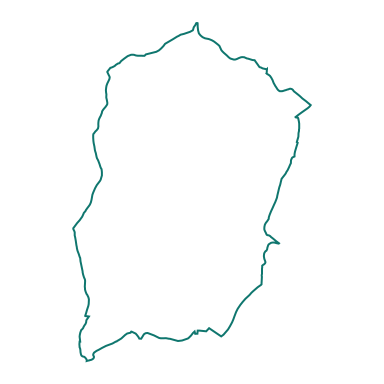 outline of Busbanzá, Boyacá, Colombia
{"feature_id": "7082276B89812106574941", "entity_name": "Busbanzá", "entity_type": "district", "adm_level": 2, "iso_a3": "COL", "parent_name": "Colombia", "parent_adm1": "Boyacá", "projection": "natural_earth1", "projection_center": [-72.875, 5.843], "detail": "fine", "context": "isolated", "style": "outline", "palette": "teal", "viewbox_px": 384, "rotation_deg": 0, "n_neighbors": 0, "source": "geoboundaries", "source_scale": "gbopen_adm2", "svg_char_len": 5839}
<svg xmlns="http://www.w3.org/2000/svg" viewBox="0 0 384 384"><path d="M267.0,69.1L266.8,69.3L262.6,68.4L261.5,67.8L260.7,67.4L259.7,67.2L259.3,66.9L257.8,64.7L256.0,62.2L254.6,60.2L254.1,60.2L252.4,60.0L247.9,58.6L247.0,58.5L244.1,57.2L243.5,57.2L242.1,57.1L240.9,57.3L239.0,58.0L236.9,59.0L235.4,59.5L234.0,59.6L232.5,59.2L230.3,58.5L228.7,57.3L226.9,55.5L223.7,52.7L222.4,51.4L221.4,50.2L219.4,45.9L218.1,44.7L215.7,42.8L214.0,41.5L212.1,40.4L210.3,39.6L208.6,39.0L207.0,38.7L205.0,38.3L203.7,37.7L202.5,37.1L200.5,35.4L198.9,33.4L198.1,30.5L197.7,26.9L197.6,23.2L197.1,23.0L196.4,23.1L196.2,23.2L195.3,25.1L194.2,26.6L193.7,27.4L193.1,29.6L192.8,30.3L190.1,31.8L183.9,33.9L180.6,34.7L178.5,36.0L177.3,36.5L172.8,39.3L165.1,43.8L163.4,46.1L161.1,48.5L158.9,50.4L156.3,51.8L145.9,54.4L145.2,55.1L144.5,55.8L137.6,55.7L136.0,55.5L133.9,54.8L132.3,54.7L131.0,54.8L127.7,56.1L127.0,56.6L124.1,58.7L121.2,61.0L120.2,62.2L119.9,62.7L119.1,63.3L118.0,63.5L115.8,64.9L114.8,65.9L113.4,66.7L111.4,67.6L110.4,67.8L107.4,71.6L107.3,72.0L108.8,75.2L109.5,76.5L109.7,77.4L109.4,79.1L108.8,80.4L107.3,83.5L106.5,85.7L106.2,87.4L105.9,90.1L106.1,92.6L106.4,94.3L106.3,96.9L106.3,97.7L106.7,99.3L107.3,102.5L107.3,103.6L107.3,104.0L106.9,104.9L105.6,106.8L103.4,109.4L102.5,110.7L102.1,111.5L101.8,113.1L101.5,113.8L100.7,115.9L99.9,117.3L99.0,119.3L98.6,120.6L98.4,122.4L98.3,124.1L98.4,126.3L98.0,128.5L96.6,130.3L95.3,131.5L94.4,132.8L93.4,134.0L93.2,135.0L93.2,137.8L93.4,141.0L93.7,143.2L94.4,146.5L94.9,150.1L95.3,151.6L95.8,153.1L96.6,157.0L97.0,158.3L98.1,160.3L99.5,164.0L100.4,166.9L101.0,168.3L101.5,169.0L101.7,170.2L101.9,172.2L101.9,175.5L101.2,177.8L100.7,179.6L100.0,180.9L96.8,185.1L95.1,188.2L93.2,192.6L92.4,194.8L91.6,199.4L91.3,200.7L90.8,202.6L90.5,203.2L89.9,204.6L89.0,205.9L87.4,208.0L85.9,210.1L85.4,211.2L84.2,212.5L83.7,213.2L83.4,214.1L82.2,216.7L81.2,218.1L80.9,218.5L79.7,220.2L77.1,223.1L74.3,226.9L73.3,228.2L73.3,229.0L73.6,229.7L74.4,231.3L74.7,232.4L74.7,233.4L74.7,234.6L74.7,235.4L75.2,237.5L75.8,241.0L76.4,245.2L76.8,247.1L76.9,248.2L77.5,250.7L78.6,253.6L78.8,254.1L79.7,257.0L79.9,257.3L80.2,258.1L80.5,261.3L82.6,271.4L82.6,272.1L83.1,274.5L83.9,277.1L84.4,278.3L84.9,279.4L85.1,280.7L85.1,281.5L85.0,283.4L84.8,286.7L85.0,288.3L85.0,289.3L85.2,290.2L85.6,291.6L86.5,293.9L87.2,294.8L88.4,297.3L88.8,298.9L88.9,299.7L88.7,304.0L88.3,306.0L87.0,309.9L86.1,313.1L85.3,315.6L85.2,315.9L85.6,316.1L87.6,316.3L88.9,316.5L88.7,316.8L88.4,317.3L86.5,320.0L86.3,320.8L86.1,322.5L85.8,323.2L85.3,324.3L84.5,325.3L84.1,326.0L83.6,326.9L83.1,328.1L82.2,329.2L81.2,330.1L80.3,332.6L79.8,334.9L79.6,336.7L80.1,340.7L80.2,341.6L79.6,341.6L79.4,344.2L79.5,345.7L79.6,347.3L80.1,348.5L80.3,349.7L80.4,350.3L80.5,352.1L80.9,354.1L81.4,355.5L82.2,356.2L82.6,356.4L83.3,356.6L84.2,356.8L85.2,357.6L85.5,358.0L85.9,358.5L86.5,359.4L86.8,360.3L86.7,361.0L88.0,360.6L88.9,360.5L90.0,360.1L90.8,360.0L92.2,359.4L93.3,358.6L93.9,357.6L93.9,356.4L93.3,355.5L93.2,354.6L93.5,353.6L94.1,352.6L96.5,350.9L99.1,349.6L101.9,348.0L106.0,345.9L112.5,343.5L115.8,341.6L116.6,341.5L117.5,340.7L118.1,340.5L118.7,340.1L121.3,338.5L123.7,336.3L125.1,335.0L127.2,333.5L130.6,332.7L131.1,331.7L131.5,331.6L133.4,332.5L135.7,333.6L137.0,335.1L138.3,336.8L139.3,338.6L141.2,338.7L143.9,334.3L145.4,333.3L146.3,333.1L147.6,333.0L154.0,335.4L159.2,338.0L161.0,338.3L166.1,338.2L168.7,338.7L170.0,338.8L178.0,341.0L182.1,340.5L187.9,338.5L188.8,337.8L191.0,335.6L193.0,333.0L194.6,331.5L195.2,333.8L197.4,333.7L197.7,330.6L199.3,330.6L206.2,331.3L209.1,328.2L221.2,336.4L223.5,334.7L228.0,329.5L230.0,326.2L232.1,322.3L233.3,319.5L234.6,315.9L236.1,312.0L237.7,308.8L240.4,304.8L242.7,301.9L245.4,298.8L249.2,295.3L249.8,294.7L251.3,292.9L253.0,291.3L254.5,290.0L257.6,287.3L261.0,284.9L261.5,284.4L261.9,276.7L261.7,275.8L261.8,274.6L262.0,274.0L262.0,268.7L262.1,267.9L262.2,267.6L262.2,265.7L262.4,265.5L263.2,264.8L264.1,264.3L264.5,263.9L265.1,263.2L265.4,262.5L265.3,261.5L265.0,260.7L264.3,258.8L263.9,256.4L263.9,255.7L264.0,254.9L264.1,253.8L264.5,252.7L264.8,252.2L265.6,251.1L266.3,250.8L267.1,249.4L267.4,247.6L267.8,246.4L268.2,245.2L268.7,244.4L269.4,243.9L271.1,242.8L271.7,242.7L272.7,242.5L273.8,242.5L274.9,242.7L276.3,243.1L277.6,243.4L278.7,243.6L279.0,243.3L277.5,242.2L275.9,241.0L273.2,238.7L271.8,237.6L271.1,237.1L270.3,236.2L269.3,235.6L268.9,235.4L267.3,235.1L266.7,234.7L266.3,234.0L266.2,233.6L265.9,233.0L264.9,231.0L264.5,230.0L264.3,229.1L264.4,226.9L264.9,224.6L265.9,222.8L267.2,221.2L268.7,218.9L268.8,217.4L269.4,215.5L269.8,214.4L271.0,211.4L271.8,209.7L272.5,208.2L273.3,206.4L274.0,204.8L275.3,202.0L276.5,198.9L277.0,197.5L277.3,195.7L278.4,191.1L279.0,188.5L279.4,187.0L280.1,185.0L280.5,183.4L280.8,182.0L281.6,178.8L285.2,174.2L285.9,173.1L286.5,171.8L287.5,170.4L289.0,167.3L290.2,164.5L290.8,163.4L290.9,163.0L290.9,162.3L291.0,160.4L291.1,160.0L291.9,158.1L292.5,157.4L293.6,156.9L294.5,156.5L294.5,154.9L294.6,153.7L295.0,151.6L296.7,145.9L297.7,142.8L296.8,142.1L298.3,137.0L298.4,136.4L298.5,133.3L298.7,132.2L298.9,131.4L299.0,130.9L299.0,129.4L299.2,128.6L299.2,127.1L299.2,123.7L298.9,121.5L298.5,119.7L298.3,118.6L297.9,117.7L296.7,117.5L296.2,117.5L295.6,117.3L295.5,117.1L298.2,115.0L301.6,112.5L307.7,108.2L308.9,107.2L309.9,106.2L310.7,105.1L307.9,102.8L306.0,101.2L304.8,100.3L302.3,98.4L301.9,98.0L300.3,96.5L298.8,95.2L294.0,91.4L293.2,90.4L292.8,89.8L292.3,89.4L291.6,89.0L290.1,88.7L289.4,88.9L288.9,89.1L288.2,89.4L287.5,89.5L285.6,90.2L284.7,90.4L283.6,90.8L282.1,91.2L280.6,91.2L279.8,91.2L279.2,90.9L278.3,90.2L277.4,89.2L276.6,87.9L275.9,86.8L275.5,86.3L274.5,84.5L273.8,83.3L273.4,82.4L272.6,80.2L271.2,77.6L270.0,75.9L269.0,75.1L266.9,73.8L266.5,73.4L266.7,73.2L266.7,72.2L266.8,71.7L266.8,71.0L266.8,70.5L267.0,69.4L267.0,69.1Z" fill="none" stroke="#0f766e" stroke-width="2"/></svg>